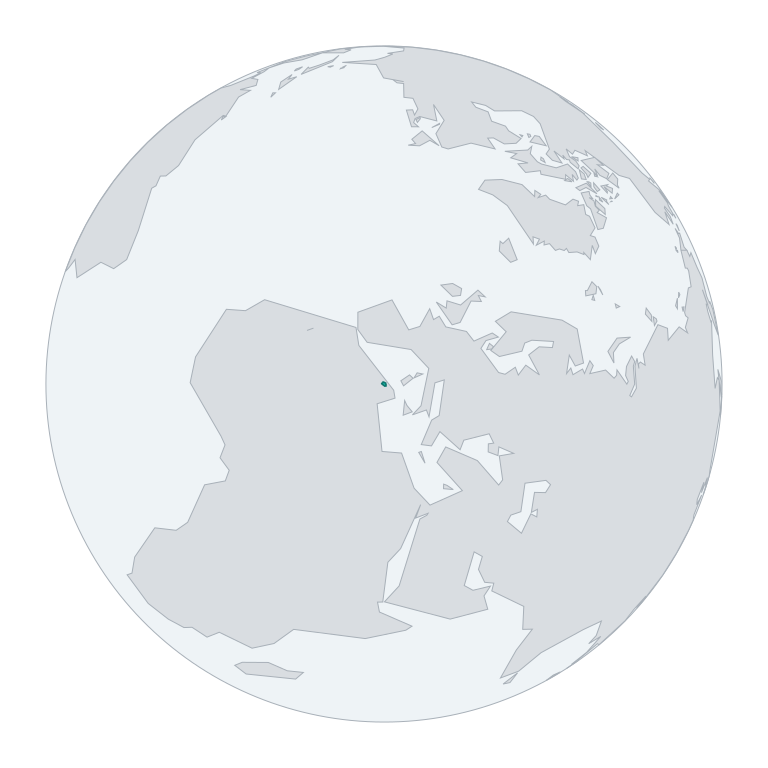 Guelma on an orthographic globe, rotated 63°
{"feature_id": "DZA-2218", "entity_name": "Guelma", "entity_type": "Province", "adm_level": 1, "iso_a3": "DZA", "parent_name": "Algeria", "parent_adm1": "", "projection": "orthographic", "projection_center": [7.375, 36.384], "detail": "fine", "context": "on_globe", "style": "filled", "palette": "teal", "viewbox_px": 768, "rotation_deg": 63, "n_neighbors": 0, "source": "natural_earth", "source_scale": "10m", "svg_char_len": 10840}
<svg xmlns="http://www.w3.org/2000/svg" viewBox="0 0 768 768"><g transform="rotate(63 384 384)"><circle cx="384" cy="384" r="338" fill="#eef3f6" stroke="#a8b0b8"/><path d="M197.3,102.3L216.7,91.7L207.7,97.1L214.7,93.8L226.5,87.2L232.6,83.9L272.8,70.2L313.2,58.3L322.2,54.4L323.2,56.1L337.7,49.8L357.2,47.2L337.4,50.5L337.1,51.3L351.5,49.2L354.3,49.7L362.9,49.3L365.0,50.4L353.3,53.3L354.4,54.3L364.6,52.9L373.0,53.8L358.0,55.6L371.3,57.6L354.1,64.6L312.3,71.9L304.9,79.8L267.4,98.8L273.0,99.2L262.4,107.8L264.8,111.7L257.2,115.0L265.7,115.5L272.3,111.9L278.2,111.1L280.3,113.4L270.9,117.5L268.5,117.0L266.8,119.5L261.2,120.8L265.1,121.4L253.5,126.8L267.9,125.1L261.1,132.4L252.6,135.1L249.8,130.0L223.0,126.7L213.5,129.3L203.0,137.3L190.9,161.5L181.9,167.0L172.5,177.9L179.1,176.5L188.8,167.7L198.7,168.8L209.4,158.7L215.0,158.0L227.5,150.4L229.5,157.0L224.7,167.8L214.4,174.8L212.0,180.0L225.0,178.3L208.9,197.1L203.7,220.1L199.1,224.9L184.5,224.1L176.4,210.7L157.4,213.0L173.6,217.5L161.9,230.7L161.6,235.8L164.5,238.9L170.5,236.5L167.3,242.7L150.1,239.7L152.7,234.0L158.2,234.7L154.3,228.9L142.6,228.5L137.6,236.1L125.2,230.1L121.5,235.7L116.7,238.0L123.5,229.2L111.1,245.4L95.8,245.9L78.5,275.2L91.2,245.0L93.2,235.0L94.0,226.3L91.0,230.8L96.1,215.3L93.8,213.6L82.7,231.4L72.7,252.6L68.0,267.0L71.3,261.6L70.6,269.7L61.0,288.4L58.0,309.7L52.5,327.5L50.2,342.9L51.3,349.1L51.6,363.1L55.4,358.1L59.9,362.3L56.4,378.6L61.7,369.7L62.3,383.3L73.5,403.2L71.7,405.3L80.6,441.5L96.1,467.9L99.6,483.9L97.2,488.9L103.9,497.2L104.1,502.1L135.8,533.3L156.3,556.8L158.5,572.5L147.0,581.0L149.9,609.3L132.8,602.7L137.4,612.2L139.2,617.0L122.2,597.6L106.7,577.1L92.8,555.4L80.6,532.7L70.1,509.1L61.5,484.9L54.7,460.0L49.9,434.7L47.0,409.1L46.9,406.6L46.3,394.9L48.4,384.9L50.6,360.0L50.7,352.4L48.9,355.8L51.6,326.6L56.3,304.9L65.7,270.6L74.6,248.1L85.1,226.4L97.1,205.4L110.6,185.4L125.5,166.4L141.7,148.5L159.1,131.8L177.7,116.4L197.3,102.3ZM73.4,283.7L70.5,317.3L67.3,307.6L68.8,307.3L70.5,296.6L72.1,282.0L70.7,274.9L73.4,283.7ZM82.9,277.3L83.0,272.8L83.5,276.1L82.9,277.3ZM234.8,82.5L226.5,87.2L214.7,93.3L221.4,89.2L234.8,82.5ZM257.5,72.9L254.4,74.7L246.8,77.0L251.0,75.2L257.5,72.9ZM328.0,52.1L320.6,53.7L326.8,52.1L328.0,52.1ZM363.7,49.1L364.9,48.7L368.9,48.7L363.7,49.1ZM225.6,147.5L226.5,148.9L223.7,149.6L225.6,147.5ZM230.1,143.0L226.2,142.7L227.8,140.6L230.1,140.8L230.1,143.0ZM375.7,50.7L381.7,51.4L373.6,51.1L375.7,50.7ZM234.6,144.0L231.1,136.9L233.9,133.3L245.4,131.3L234.6,144.0ZM383.8,52.1L398.4,54.5L402.3,53.4L399.6,58.7L388.1,54.4L377.5,54.0L383.8,53.2L383.8,52.1ZM273.4,109.8L266.6,113.7L270.4,108.5L273.4,109.8ZM274.4,106.8L277.7,93.4L288.8,89.3L285.5,94.3L298.4,88.0L302.2,92.4L296.0,97.0L288.0,98.6L295.6,99.2L274.4,106.8ZM395.7,61.7L397.5,63.0L393.4,62.2L395.7,61.7ZM280.9,110.4L280.5,107.8L290.2,104.0L292.6,108.5L288.7,108.3L280.9,110.4ZM299.9,84.4L307.5,82.7L312.7,85.7L316.3,85.6L303.3,92.2L299.9,84.4ZM287.6,110.3L293.6,111.0L290.9,115.0L281.9,112.7L287.6,110.3ZM291.6,101.2L296.3,99.7L294.5,102.0L291.6,101.2ZM284.8,130.7L284.2,127.1L289.2,124.7L284.8,130.7ZM296.0,111.1L296.9,109.7L298.8,108.5L302.1,109.9L296.0,111.1ZM307.9,94.2L308.4,96.0L313.5,91.6L317.6,94.1L308.1,98.3L313.9,97.6L315.2,98.4L306.1,100.9L307.9,94.2ZM311.2,107.9L300.6,114.8L300.6,121.7L296.2,123.9L296.9,112.5L311.2,107.9ZM309.0,103.5L309.3,106.6L303.6,107.5L299.9,105.9L309.0,103.5ZM323.8,94.5L319.9,89.5L322.1,88.8L323.8,94.5ZM312.3,109.6L314.8,108.0L313.0,110.0L312.3,109.6ZM321.5,98.8L319.8,97.0L322.4,96.3L321.5,98.8ZM321.3,106.4L317.9,108.5L315.2,107.4L321.3,106.4ZM322.3,102.8L326.2,102.2L316.3,105.7L321.1,102.0L322.3,102.8ZM324.2,98.4L325.1,97.4L324.5,99.3L324.2,98.4ZM333.4,109.9L321.6,114.6L315.7,111.9L328.0,107.6L333.4,109.9ZM621.9,144.0L627.6,149.9L619.2,141.8L620.2,143.7L614.2,138.3L624.9,150.5L616.7,143.5L629.0,157.2L633.5,160.2L627.2,151.4L641.3,167.3L645.6,170.3L652.5,178.9L667.5,200.2L680.9,222.6L690.0,241.5L692.6,246.9L692.0,247.3L698.5,264.2L704.4,276.7L713.9,310.7L712.3,311.7L717.4,333.9L718.7,337.3L720.3,350.5L719.4,343.9L718.8,343.8L715.1,325.3L707.3,305.5L708.3,319.5L704.5,309.1L693.9,297.9L693.3,318.0L694.7,366.0L701.0,394.4L698.8,413.7L681.1,386.9L669.8,363.1L665.6,371.8L645.6,360.4L617.3,381.9L611.3,376.6L606.4,384.3L592.1,384.0L582.3,374.7L574.5,379.9L600.0,404.0L608.2,398.4L612.4,380.9L618.2,391.1L631.8,393.8L623.5,431.8L578.3,482.5L570.8,462.2L520.6,413.3L520.4,405.5L520.0,404.7L519.2,403.4L517.8,416.6L508.1,406.1L538.2,443.9L544.6,461.5L577.7,484.1L575.4,488.8L585.1,491.6L612.5,469.0L613.3,476.3L602.3,516.3L561.6,575.9L565.3,599.8L559.5,621.5L530.4,643.5L529.2,656.6L513.6,665.5L510.2,672.8L495.5,683.0L472.5,693.7L437.4,699.5L438.1,694.4L425.0,684.7L408.1,653.5L420.0,635.6L418.1,621.7L392.4,589.6L398.3,569.4L390.6,561.1L375.3,563.6L366.1,553.3L356.6,552.9L294.8,556.1L274.3,539.6L245.9,490.5L255.8,474.1L254.7,452.1L320.9,383.3L338.2,388.9L394.0,378.2L401.6,380.6L398.5,399.1L443.2,416.4L453.5,399.7L490.5,404.5L512.8,398.0L514.6,362.6L477.9,372.4L468.1,357.6L494.6,335.6L526.1,327.7L523.3,321.8L500.4,313.9L504.7,299.9L492.2,310.2L499.5,315.0L491.8,322.0L484.7,318.2L486.5,313.1L476.1,312.9L470.3,338.4L477.1,346.0L451.8,355.8L460.7,369.8L454.9,378.3L437.8,357.9L437.2,349.2L407.7,328.4L406.1,338.1L433.7,358.8L426.4,358.0L424.4,372.7L420.2,360.9L390.4,337.0L365.6,344.2L339.2,380.1L323.6,382.6L308.2,374.7L312.7,338.7L347.0,337.4L349.0,325.9L337.7,309.1L349.1,310.6L348.7,304.0L361.2,303.0L374.6,286.7L386.6,284.4L387.7,264.4L394.1,260.8L391.6,273.4L396.3,281.5L425.8,276.7L430.3,271.7L428.7,259.4L437.0,260.3L431.6,249.1L446.5,241.4L423.8,241.9L421.3,228.9L428.0,217.4L423.1,213.6L412.1,232.4L411.4,240.0L417.4,246.2L411.9,268.7L402.6,273.6L392.9,251.4L378.7,256.3L377.4,238.0L407.9,196.4L422.7,186.9L455.9,196.7L454.8,205.4L442.4,205.8L457.6,216.6L454.6,210.3L461.5,211.4L460.8,200.3L465.7,200.6L456.7,190.0L462.6,189.2L468.2,195.9L472.2,180.2L483.3,176.4L481.9,172.8L477.2,170.0L494.4,167.7L492.6,165.2L486.2,164.9L478.5,160.0L471.5,150.7L477.8,150.4L481.2,153.7L497.9,160.7L505.9,170.3L507.8,169.3L502.3,161.0L482.0,152.3L476.0,146.9L485.9,149.8L481.8,148.3L480.8,145.6L485.8,142.8L475.0,139.3L455.5,113.0L463.1,106.1L474.1,110.9L467.1,95.1L476.3,90.3L470.4,89.8L463.1,83.0L460.1,84.3L456.8,83.7L436.6,69.2L436.8,66.2L421.5,61.2L418.5,61.2L417.5,62.9L399.6,58.7L402.3,53.4L409.1,53.6L406.3,50.9L422.0,52.1L433.7,52.5L452.5,56.7L460.2,57.3L458.1,56.3L467.0,57.2L492.2,64.0L480.7,62.7L444.6,57.5L460.1,59.5L459.2,60.7L466.4,62.6L477.1,64.5L476.7,63.6L507.3,78.0L538.3,91.0L529.7,84.1L532.8,83.7L560.6,96.7L608.6,132.6L613.3,135.8L617.5,139.7L621.9,144.0ZM302.2,421.5L301.3,428.3L302.2,421.5ZM562.6,336.5L579.4,329.3L566.4,312.1L571.8,308.2L565.3,304.2L565.3,311.0L548.9,299.1L554.1,289.4L549.3,281.3L543.4,283.4L536.4,303.4L559.9,320.0L558.4,330.5L562.6,336.5ZM74.0,403.6L74.9,409.2L72.7,406.0L74.0,403.6ZM64.4,312.5L65.0,317.1L64.4,321.8L63.5,319.3L64.4,312.5ZM75.3,348.5L77.1,354.7L74.1,350.9L75.3,348.5ZM70.6,322.2L73.7,344.1L68.1,338.9L66.5,325.4L69.0,330.8L70.6,322.2ZM77.5,284.3L77.3,288.1L75.7,290.1L77.5,284.3ZM83.3,279.8L82.9,279.0L84.1,275.4L83.3,279.8ZM163.0,230.8L164.2,231.3L166.1,235.5L162.9,235.5L163.0,230.8ZM187.9,244.2L182.2,254.0L184.1,246.7L178.6,248.1L175.8,235.1L196.7,226.7L187.7,232.5L187.9,244.2ZM177.8,216.6L177.2,225.0L177.0,216.1L177.8,216.6ZM334.2,271.5L339.8,275.6L337.0,283.2L321.7,288.4L325.6,277.2L334.2,271.5ZM348.4,279.9L343.0,257.7L352.3,254.3L348.0,259.8L354.7,259.8L349.6,268.8L363.7,288.2L362.2,296.4L334.7,300.2L344.6,294.1L338.5,290.1L348.4,279.9ZM312.9,214.3L310.7,206.7L333.7,208.9L333.1,215.9L317.8,220.9L309.5,215.7L312.9,214.3ZM255.5,142.7L253.1,141.1L255.7,139.7L259.8,139.9L255.5,142.7ZM284.1,129.2L268.4,148.9L264.9,147.9L259.8,161.8L248.7,164.6L252.4,155.3L240.0,168.4L238.9,161.2L231.5,170.7L240.8,149.7L239.3,144.4L245.2,149.1L255.5,146.5L259.5,143.8L269.6,132.4L271.3,120.6L281.8,116.9L288.7,117.4L289.9,119.6L282.7,121.2L289.4,123.1L280.0,127.2L284.1,129.2ZM363.8,136.5L355.0,135.5L366.9,143.7L357.5,146.3L359.4,147.1L354.0,152.0L350.8,159.6L346.0,159.9L346.9,162.8L343.3,166.4L342.8,170.6L334.1,172.8L332.8,178.3L329.4,176.3L329.5,185.3L325.5,179.7L320.5,184.4L327.1,187.3L281.0,193.1L264.9,201.2L253.5,211.4L248.2,201.5L255.3,186.1L269.0,170.5L285.4,164.7L280.0,161.7L286.2,158.2L287.9,162.0L289.1,154.2L294.6,152.5L306.8,141.0L305.1,131.7L309.5,127.7L313.0,130.5L314.9,124.6L324.5,127.3L327.9,124.7L340.7,125.1L345.4,132.8L348.9,129.3L358.7,130.0L363.8,136.5ZM336.9,110.3L344.8,117.9L343.5,123.3L321.7,120.4L317.3,122.4L303.3,121.6L305.5,113.9L309.3,114.8L313.5,113.9L311.1,116.6L316.2,113.8L321.6,115.0L326.9,113.3L328.0,116.2L336.9,110.3ZM408.1,373.1L413.5,373.3L421.6,371.5L420.5,381.1L408.1,373.1ZM387.5,357.1L392.1,355.5L394.5,367.4L388.8,367.5L387.5,357.1ZM392.7,344.9L392.2,354.5L389.1,349.4L392.7,344.9ZM395.7,271.6L400.4,269.5L401.7,272.2L400.0,276.9L395.7,271.6ZM397.1,164.2L392.2,162.1L393.1,160.4L387.3,152.3L393.8,150.2L399.8,154.2L397.1,164.2ZM509.5,370.2L504.3,378.5L500.3,376.3L502.9,373.9L509.5,370.2ZM461.1,381.4L473.2,383.4L460.7,384.1L461.1,381.4ZM403.2,160.5L400.0,157.3L405.2,158.3L403.2,160.5ZM398.2,148.3L404.0,148.6L393.9,149.0L398.2,148.3ZM606.8,596.7L579.8,638.5L566.9,644.7L567.6,636.7L579.6,613.5L595.6,600.4L604.4,586.8L606.8,596.7ZM721.8,374.2L720.2,365.3L720.5,358.7L721.0,359.5L721.8,374.2ZM702.0,396.1L707.2,407.3L705.4,414.1L702.0,396.1ZM696.0,254.3L698.3,260.5L696.7,256.9L692.7,246.9L696.0,254.3ZM454.2,143.0L455.1,156.1L460.1,165.3L469.7,169.6L456.6,169.7L448.9,155.5L454.2,143.0ZM454.7,116.5L446.3,113.6L449.5,111.8L451.9,112.2L454.7,116.5ZM449.9,116.9L440.4,119.4L435.4,115.9L443.9,114.5L449.9,116.9ZM422.0,138.8L421.8,142.6L417.6,141.6L422.0,138.8ZM564.4,98.2L552.5,91.2L547.9,88.5L564.4,98.2ZM546.3,87.7L548.9,89.4L528.5,82.2L522.5,79.9L534.5,82.1L537.6,84.0L543.8,86.9L546.3,87.7ZM400.5,62.4L397.8,63.0L398.2,61.8L400.5,62.4ZM455.3,84.6L450.8,83.5L451.5,81.7L455.3,84.6ZM438.7,79.8L441.0,82.5L435.9,79.7L438.7,79.8ZM446.7,88.7L440.7,83.6L450.2,88.4L446.7,88.7Z" fill="#d9dde1" stroke="#a8b0b8" stroke-width="1"/><path d="M382.3,385.3L382.4,385.1L382.4,384.9L382.4,384.6L382.2,384.4L382.2,384.2L382.0,383.9L382.0,383.7L381.9,383.7L382.0,383.5L382.2,383.4L382.5,383.3L382.6,383.2L382.7,382.9L382.8,382.8L383.3,382.5L383.5,382.5L383.6,382.4L383.8,382.2L384.0,382.0L384.4,382.2L384.5,382.3L384.5,382.5L384.8,382.6L385.0,382.6L385.3,382.4L385.5,382.4L385.7,382.6L385.8,382.6L385.8,382.8L386.8,383.2L386.8,383.3L386.4,383.7L386.2,383.7L386.1,383.9L386.1,384.0L386.2,384.3L386.1,384.5L385.9,384.5L385.3,384.8L384.8,384.9L384.8,385.0L384.7,385.1L384.2,385.2L384.1,385.3L384.0,385.5L383.9,385.5L383.6,385.4L383.4,385.4L383.2,385.4L383.2,385.5L383.1,385.8L382.9,386.0L382.7,386.0L382.5,385.9L382.4,385.8L382.4,385.7L382.3,385.4L382.3,385.3Z" fill="#14b8a6" stroke="#0f766e" stroke-width="1.5"/></g></svg>